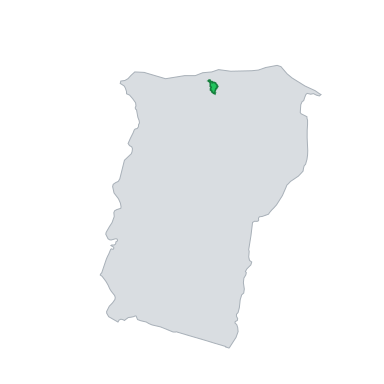 location of Agona West Municipal, Central, Ghana, rotated 197°
{"feature_id": "2480657B39435178884870", "entity_name": "Agona West Municipal", "entity_type": "district", "adm_level": 2, "iso_a3": "GHA", "parent_name": "Ghana", "parent_adm1": "Central", "projection": "albers", "projection_center": [-0.776, 5.629], "detail": "fine", "context": "in_parent", "style": "filled", "palette": "green", "viewbox_px": 384, "rotation_deg": 197, "n_neighbors": 0, "source": "geoboundaries", "source_scale": "gbopen_adm2", "svg_char_len": 4976}
<svg xmlns="http://www.w3.org/2000/svg" viewBox="0 0 384 384"><g transform="rotate(197 192 192)"><path d="M235.2,48.4L238.1,51.1L238.7,52.7L237.7,58.6L235.6,62.7L234.3,66.6L234.5,68.5L235.7,70.4L240.1,73.4L242.4,75.4L245.0,78.4L248.1,81.3L253.3,85.1L255.5,85.8L255.4,86.9L254.7,88.3L254.3,102.5L253.9,106.1L253.5,108.0L253.0,113.3L252.5,114.1L251.5,114.0L250.6,114.2L250.3,115.3L250.7,116.3L253.9,117.1L253.2,117.9L250.8,118.6L249.8,120.2L250.2,122.0L249.0,123.5L249.3,124.5L250.2,125.2L251.5,124.9L255.2,122.5L256.7,122.2L258.6,122.7L262.1,126.4L262.3,128.3L260.9,134.5L259.5,139.4L259.2,145.8L260.7,149.4L260.5,151.4L258.9,153.1L255.3,155.6L255.6,157.3L257.2,160.4L260.3,164.0L266.3,168.3L269.5,174.0L269.6,176.3L267.8,178.6L265.6,180.6L264.9,183.5L265.9,202.6L261.2,210.9L261.1,213.2L261.6,216.0L262.9,217.6L265.3,218.1L267.3,219.7L266.6,225.5L265.6,231.4L265.4,234.3L264.8,235.6L263.0,236.7L262.3,238.6L262.8,240.9L262.4,242.6L263.4,244.8L265.6,247.6L269.1,254.4L270.4,254.9L271.0,256.4L270.7,257.8L272.0,260.8L275.9,263.8L280.0,266.4L283.3,266.8L284.1,269.1L286.3,272.1L287.8,273.5L290.3,274.3L292.4,274.8L292.5,277.3L288.8,279.0L286.3,281.7L284.4,285.7L281.8,290.1L272.7,292.4L269.2,292.4L250.4,292.6L232.9,301.2L222.8,304.3L216.6,309.2L208.2,312.6L202.4,316.8L190.3,318.8L170.4,325.4L164.2,328.0L157.9,332.6L147.6,338.0L143.6,337.9L135.6,332.8L129.6,330.3L114.9,326.4L103.9,324.9L98.6,323.2L97.1,322.9L98.3,321.1L101.4,321.0L104.6,321.6L107.1,320.2L110.7,320.0L111.6,318.6L111.9,315.0L111.9,312.0L113.1,310.7L113.5,307.3L111.7,299.6L110.5,298.7L104.1,297.6L103.6,296.1L102.5,294.5L101.3,290.6L99.9,284.7L97.7,277.4L93.4,265.4L92.3,261.2L91.6,256.8L91.5,251.7L92.4,249.8L92.3,247.1L91.9,244.4L94.9,238.3L100.9,230.9L102.2,228.2L103.3,226.3L103.5,223.7L104.5,215.0L107.4,204.4L109.2,200.5L110.4,198.3L111.9,194.8L112.3,193.2L117.8,189.1L120.3,188.0L120.8,186.4L120.0,184.6L120.4,183.4L121.7,182.8L123.7,182.3L125.2,180.6L122.9,167.7L121.1,154.7L121.0,153.6L119.9,151.8L118.8,146.5L117.0,143.4L114.4,142.5L114.4,139.5L117.0,134.6L117.7,131.6L116.5,130.8L116.3,128.5L117.2,124.9L116.8,122.6L116.3,120.2L113.6,114.5L113.0,110.5L114.4,108.2L114.4,103.1L112.9,95.2L112.7,90.2L113.7,88.1L113.2,86.2L111.3,84.3L111.1,82.4L112.8,80.7L112.6,79.3L110.5,78.3L108.7,75.8L107.1,72.0L107.4,65.8L110.6,54.5L111.0,53.6L114.5,53.6L114.5,54.1L125.4,54.0L137.9,54.0L152.8,53.8L166.3,53.7L166.9,53.2L169.2,52.6L182.8,53.8L191.4,53.2L195.0,53.6L197.7,54.3L203.6,53.9L206.8,54.1L209.1,57.0L210.1,56.9L211.4,55.7L213.8,54.4L216.2,53.3L217.9,51.1L219.0,49.4L220.5,49.7L222.8,49.6L224.3,48.2L224.8,46.0L235.2,48.4Z" fill="#d9dde1" stroke="#a8b0b8" stroke-width="1"/><path d="M203.3,303.4L203.2,303.3L203.3,303.3L203.4,303.2L203.5,303.2L204.0,302.7L204.5,302.3L204.6,302.5L204.6,302.9L204.6,303.1L204.8,303.3L205.0,303.5L205.3,303.5L205.4,303.4L205.6,303.3L205.8,303.2L206.0,303.1L206.3,303.0L206.5,303.0L206.5,302.9L206.5,303.0L206.5,303.3L206.7,303.5L207.1,303.8L207.3,303.8L207.3,304.0L207.5,304.2L207.5,304.3L207.8,304.3L207.9,304.2L208.0,304.1L208.3,304.1L208.5,304.0L208.5,303.9L208.7,303.7L208.6,303.4L208.7,303.2L208.8,303.1L208.7,303.1L208.6,302.9L208.4,302.9L208.2,302.8L208.2,302.7L207.9,302.7L207.7,302.6L207.6,302.4L207.4,302.2L206.9,302.1L206.7,302.1L206.5,301.9L206.4,301.9L206.3,301.7L206.3,301.4L206.3,301.0L206.3,300.9L206.0,300.4L206.0,300.2L205.9,300.0L205.9,299.7L205.7,299.5L205.7,299.4L205.6,299.2L205.6,298.9L205.6,298.6L205.5,298.4L205.4,298.2L205.2,298.1L204.9,298.0L204.5,298.1L204.3,298.0L204.2,297.9L204.1,297.6L204.3,297.4L204.3,297.2L204.4,296.8L204.4,296.7L204.4,296.4L204.6,296.1L204.5,295.8L204.3,295.5L204.2,295.4L204.2,294.9L203.9,294.8L203.8,294.7L203.7,294.7L203.3,294.6L203.2,294.6L203.1,294.9L202.9,294.8L202.9,294.7L203.0,294.7L202.9,294.4L202.8,294.1L202.6,294.0L202.3,294.0L202.0,293.9L201.7,293.8L201.8,293.2L201.4,293.2L200.9,293.1L200.8,292.9L200.7,292.9L200.5,292.7L200.3,292.6L200.1,292.6L199.6,292.6L199.3,292.6L198.9,292.6L198.7,292.5L198.7,292.8L198.9,293.1L198.8,293.3L198.7,293.5L198.8,293.5L198.9,293.4L199.0,293.5L199.1,293.4L199.3,293.5L199.5,293.7L199.5,293.8L199.4,293.9L199.4,294.5L199.4,294.8L199.4,295.0L199.5,295.5L199.4,295.6L199.5,295.7L199.5,295.8L199.4,296.0L199.5,296.2L199.5,296.3L199.4,296.4L199.2,296.5L199.3,296.5L199.2,296.9L199.2,297.0L199.3,297.0L199.4,297.3L199.5,297.4L199.5,297.6L199.5,297.8L199.4,297.9L199.3,298.1L199.2,298.2L199.1,298.3L198.9,298.4L198.7,298.4L198.7,298.5L198.6,298.8L198.6,299.0L198.6,299.3L198.8,299.5L198.5,299.6L198.4,299.8L198.3,300.0L198.2,300.1L198.1,300.3L198.1,300.2L197.9,300.2L197.6,300.2L197.9,300.3L198.1,300.4L198.2,300.5L198.3,300.7L198.5,300.8L198.8,300.9L198.9,301.0L199.1,301.2L199.3,301.3L199.5,301.4L199.6,301.5L199.5,301.8L199.7,302.0L200.0,302.1L200.3,302.1L200.5,302.3L200.8,302.5L201.0,302.6L201.1,302.9L201.2,303.0L201.3,303.2L201.5,303.2L202.0,303.1L202.7,303.1L202.7,303.3L202.8,303.3L203.0,303.3L203.3,303.4Z" fill="#22c55e" stroke="#15803d" stroke-width="1.5"/></g></svg>